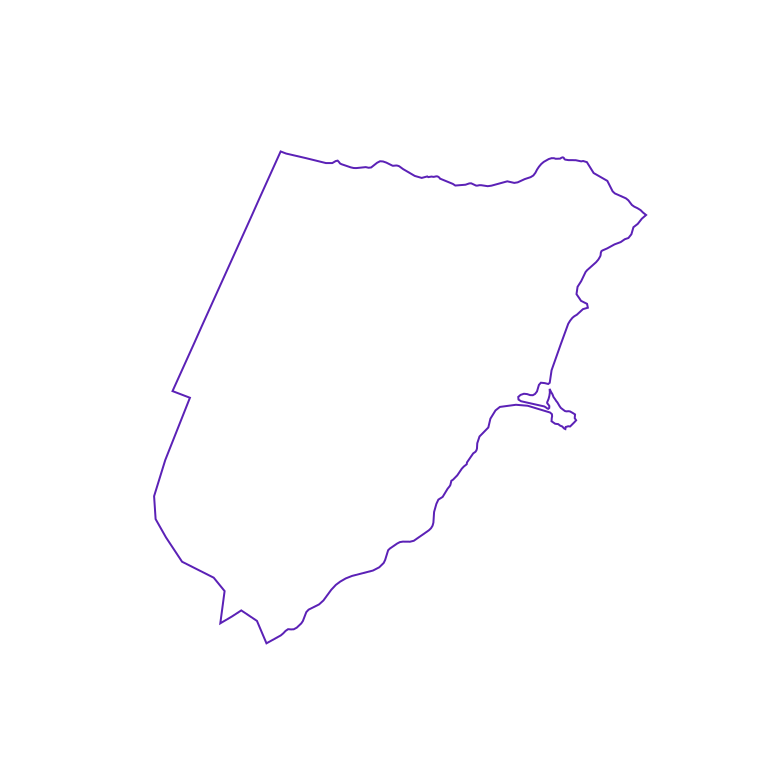 outline of Bari, rotated 24°
{"feature_id": "SOM-1", "entity_name": "Bari", "entity_type": "Region", "adm_level": 1, "iso_a3": "SOM", "parent_name": "Somalia", "parent_adm1": "", "projection": "orthographic", "projection_center": [50.532, 10.16], "detail": "fine", "context": "isolated", "style": "outline", "palette": "violet", "viewbox_px": 768, "rotation_deg": 24, "n_neighbors": 0, "source": "natural_earth", "source_scale": "10m", "svg_char_len": 3415}
<svg xmlns="http://www.w3.org/2000/svg" viewBox="0 0 768 768"><g transform="rotate(24 384 384)"><path d="M193.7,476.5L193.7,476.4L193.8,458.9L193.9,441.3L194.0,423.8L194.0,406.3L194.1,388.8L194.2,371.3L194.3,353.8L194.4,336.2L194.5,318.7L194.6,301.2L194.7,283.7L194.7,266.1L194.8,248.6L194.9,231.1L195.0,213.6L200.8,213.3L220.9,209.4L241.0,205.8L246.9,203.2L249.2,200.0L250.8,198.8L252.7,199.6L254.1,200.4L255.7,200.5L265.6,199.6L268.5,199.0L270.9,198.0L279.1,193.3L282.0,192.7L284.2,191.4L287.7,184.7L289.8,182.1L292.6,181.1L296.1,180.8L303.0,181.1L303.8,180.8L306.3,179.4L307.7,179.0L309.4,178.9L314.0,179.9L327.5,181.4L334.6,180.4L339.1,176.8L340.3,177.0L343.0,175.2L344.8,174.7L345.4,174.4L347.3,173.0L348.5,172.6L349.6,172.7L350.6,173.0L351.4,173.4L351.6,173.6L365.5,173.2L368.4,173.7L377.4,168.8L380.4,166.0L382.1,165.2L387.5,165.3L388.9,164.6L390.1,163.7L391.8,162.9L398.3,161.1L401.5,159.1L414.2,148.7L421.2,147.3L424.1,145.4L429.2,139.6L433.8,135.4L435.6,132.8L436.4,129.5L436.6,125.9L437.2,122.4L438.2,119.0L439.6,116.1L443.0,111.5L445.3,109.5L447.4,108.6L449.3,108.4L453.2,106.5L453.9,105.4L454.5,104.7L455.2,104.2L456.2,104.3L457.5,105.2L458.3,105.3L461.6,104.4L468.0,101.6L473.6,100.4L475.2,99.3L479.1,98.8L489.7,106.0L505.4,107.6L514.5,115.0L517.4,116.0L529.5,116.0L532.5,116.8L537.6,119.6L540.5,120.2L544.0,120.3L547.7,120.8L550.8,122.0L554.7,123.0L552.3,128.1L550.7,134.5L548.1,139.3L549.1,146.6L547.9,151.2L545.1,153.8L542.5,158.1L537.8,162.7L532.7,169.4L529.2,173.2L528.6,174.2L528.7,175.9L529.5,178.3L529.6,179.5L529.2,183.1L528.2,186.5L523.3,197.3L522.6,199.7L522.3,209.9L521.3,216.5L523.3,223.6L530.2,227.9L536.9,228.2L539.2,231.4L535.3,234.7L532.0,242.3L530.3,244.7L529.2,246.9L528.3,250.3L527.8,254.0L529.3,275.6L531.5,303.3L534.9,315.5L534.0,317.2L530.5,317.8L526.8,319.0L525.9,321.8L526.8,328.6L526.0,331.7L524.5,333.7L522.1,334.7L518.9,335.0L515.8,336.0L513.2,338.4L511.9,341.2L513.2,343.5L516.2,344.0L539.6,339.3L541.2,339.5L542.8,339.9L544.1,339.9L544.7,338.7L544.0,336.9L542.6,336.0L541.1,335.3L540.5,334.4L540.4,330.8L539.9,327.6L539.0,324.4L537.3,321.1L539.7,323.2L542.1,324.9L544.2,327.0L546.8,328.5L548.1,329.4L549.9,330.3L553.4,332.8L555.2,333.9L558.1,334.6L560.3,335.1L561.8,334.8L563.4,333.9L565.1,333.4L568.3,333.7L570.9,334.1L572.1,337.6L574.3,339.0L573.4,341.7L571.3,347.1L569.4,347.7L568.7,348.4L567.5,349.3L568.0,351.4L566.7,351.4L564.0,350.3L561.9,350.4L559.5,349.8L556.5,350.7L552.2,349.9L551.1,346.9L550.7,345.1L549.7,343.3L547.3,342.5L524.2,345.4L513.0,349.3L499.2,357.8L496.6,362.8L495.3,372.4L497.0,381.3L492.6,393.1L493.3,400.2L495.2,405.2L495.4,407.1L495.1,408.8L493.7,411.1L491.7,421.9L492.2,423.7L490.5,426.9L489.5,429.8L488.1,437.6L486.0,443.3L484.9,445.0L485.7,449.3L485.5,450.9L484.7,453.8L483.5,463.3L480.7,467.5L480.6,472.2L481.8,480.5L485.5,490.5L486.0,493.7L485.6,496.7L484.5,499.4L475.0,515.1L471.9,517.5L465.4,520.3L462.8,522.0L460.9,524.4L456.3,531.9L455.4,534.2L456.6,544.2L456.5,547.6L454.2,553.4L449.8,558.9L432.9,572.3L428.1,577.2L424.4,582.3L421.7,587.1L419.5,593.5L416.7,606.4L414.3,611.8L406.9,620.8L405.8,624.0L406.3,633.5L405.8,636.3L403.4,642.1L401.3,644.8L398.9,646.0L396.1,647.0L394.5,649.6L393.4,652.7L392.0,655.6L382.1,668.7L364.3,652.1L345.7,648.9L339.6,658.3L331.8,669.2L322.6,638.0L307.2,630.2L271.8,628.5L247.2,612.8L230.3,600.3L219.6,580.0L215.1,542.5L212.3,475.5L193.7,476.5Z" fill="none" stroke="#5b21b6" stroke-width="2"/></g></svg>